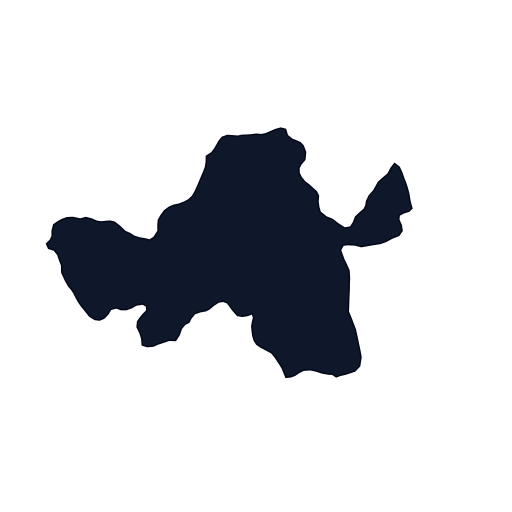 outline of Novorizonte, Minas Gerais, Brazil, rotated 141°
{"feature_id": "56859067B87379220502438", "entity_name": "Novorizonte", "entity_type": "district", "adm_level": 2, "iso_a3": "BRA", "parent_name": "Brazil", "parent_adm1": "Minas Gerais", "projection": "albers", "projection_center": [-42.401, -16.004], "detail": "fine", "context": "isolated", "style": "filled", "palette": "ink", "viewbox_px": 512, "rotation_deg": 141, "n_neighbors": 0, "source": "geoboundaries", "source_scale": "gbopen_adm2", "svg_char_len": 2899}
<svg xmlns="http://www.w3.org/2000/svg" viewBox="0 0 512 512"><g transform="rotate(141 256 256)"><path d="M231.7,364.8L235.3,360.5L239.4,356.8L243.5,354.4L248.6,351.7L255.3,348.1L262.6,344.4L267.9,342.4L273.1,342.1L277.6,342.9L283.2,344.7L287.8,347.1L292.6,348.5L298.5,348.8L303.9,347.4L309.2,345.4L312.9,341.5L316.3,337.1L323.5,334.7L328.6,335.3L331.2,338.8L335.0,343.1L338.4,348.1L339.7,352.3L342.4,357.7L343.2,364.8L344.7,371.3L347.5,374.9L350.8,377.2L354.8,379.8L357.9,383.1L360.6,388.4L364.1,393.0L369.3,395.3L374.2,401.3L378.9,404.7L383.8,406.4L388.3,407.2L393.5,407.6L398.6,403.8L401.9,399.7L405.8,397.8L411.1,397.3L412.4,392.4L409.2,387.7L409.2,381.8L411.1,376.7L412.9,371.1L417.3,365.4L419.5,356.7L420.5,350.8L420.4,346.0L420.8,341.8L421.9,337.0L422.7,332.2L423.1,327.7L423.1,322.4L423.2,313.9L421.1,308.0L417.9,304.7L413.4,303.4L407.7,304.0L402.5,306.0L397.2,303.6L394.6,299.3L390.6,296.0L385.1,294.1L379.9,293.3L374.2,289.9L372.6,285.9L375.1,282.3L380.9,281.6L385.4,280.7L389.4,279.4L393.1,275.6L394.6,269.1L396.8,263.6L400.4,258.4L397.5,254.0L392.4,250.6L387.7,249.4L382.5,247.4L376.5,245.2L371.7,241.0L365.2,243.1L359.8,246.5L354.4,247.7L349.9,246.7L346.0,248.5L340.0,249.8L334.2,247.7L329.5,245.1L325.6,244.3L320.0,244.4L314.0,243.8L309.9,241.4L307.7,237.6L308.1,228.7L307.8,221.4L304.5,217.7L300.0,215.1L295.1,213.6L296.6,209.6L300.2,206.9L303.3,204.2L305.8,200.6L308.7,195.9L310.5,191.4L311.0,187.0L309.5,182.0L307.1,176.5L304.8,170.9L304.8,165.0L305.4,158.6L306.1,152.6L307.3,148.6L309.1,142.9L305.1,140.3L301.1,138.9L295.7,138.4L290.8,137.3L285.2,133.3L281.5,128.6L278.1,123.4L274.0,118.7L271.0,116.0L269.7,111.6L265.7,110.3L260.6,107.8L251.6,104.4L244.7,105.3L238.1,111.3L235.1,116.7L231.8,123.2L229.3,128.0L225.2,136.2L221.5,147.3L219.3,154.7L209.9,165.5L204.5,171.6L200.9,176.0L197.6,179.6L192.9,186.3L191.2,192.6L189.9,198.2L186.7,207.4L181.5,209.6L177.7,207.3L172.2,202.4L168.2,197.0L162.2,193.7L157.0,190.8L151.8,187.7L146.0,185.6L138.9,184.3L132.1,182.1L126.6,183.7L123.7,188.6L122.3,194.3L119.1,197.6L114.0,196.6L109.0,194.6L104.9,194.9L102.3,200.9L100.2,204.7L97.9,208.7L95.7,213.7L93.8,218.6L92.3,223.5L90.4,228.7L88.8,234.9L90.1,240.6L95.7,239.3L101.7,236.7L108.1,236.6L114.4,236.3L118.3,234.7L123.3,232.7L130.1,231.6L135.5,229.0L139.0,225.9L142.6,224.3L148.6,224.1L154.0,223.7L159.0,220.8L164.3,219.0L169.5,221.9L172.1,229.7L173.6,236.4L176.8,242.0L178.5,249.7L176.6,254.3L173.6,259.3L169.6,263.5L168.6,268.0L169.3,272.5L170.1,277.7L171.4,283.2L171.4,288.4L170.4,293.3L167.3,297.3L163.4,299.1L157.4,300.2L152.1,305.6L150.0,312.0L150.4,316.5L152.3,320.1L154.5,324.0L155.8,330.0L153.3,335.8L156.3,339.8L161.4,342.0L166.5,343.4L171.2,344.7L175.4,346.8L179.2,350.5L183.7,353.2L187.3,355.8L191.0,358.6L194.9,360.6L198.1,363.7L202.4,367.7L207.6,369.5L212.5,368.5L216.8,366.7L220.7,365.3L225.2,364.1L231.7,364.8Z" fill="#0f172a" stroke="#020617" stroke-width="1.5"/></g></svg>